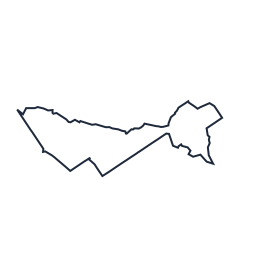 outline of Fulton, Georgia, United States of America, rotated 56°
{"feature_id": "52423323B90883845014784", "entity_name": "Fulton", "entity_type": "district", "adm_level": 2, "iso_a3": "USA", "parent_name": "United States of America", "parent_adm1": "Georgia", "projection": "robinson", "projection_center": [-84.433, 33.844], "detail": "fine", "context": "isolated", "style": "outline", "palette": "slate", "viewbox_px": 256, "rotation_deg": 56, "n_neighbors": 0, "source": "geoboundaries", "source_scale": "gbopen_adm2", "svg_char_len": 1497}
<svg xmlns="http://www.w3.org/2000/svg" viewBox="0 0 256 256"><g transform="rotate(56 128 128)"><path d="M172.2,44.3L167.4,44.2L158.0,44.2L153.0,46.5L151.2,56.3L150.9,59.6L147.5,60.7L140.9,63.4L139.5,63.1L139.5,66.7L139.4,71.9L139.4,74.8L141.0,77.7L141.6,80.5L142.5,80.9L143.0,86.3L146.7,91.6L148.5,93.1L146.8,97.9L145.6,100.1L143.7,101.8L142.2,103.6L133.6,111.9L134.5,114.0L134.8,116.8L134.5,119.4L133.6,120.5L131.8,123.0L132.1,124.5L131.0,125.8L131.9,132.3L131.8,132.5L131.4,132.8L129.3,132.1L126.9,134.6L123.7,136.8L119.6,141.2L116.8,143.0L115.0,145.9L106.8,152.7L105.3,155.9L101.2,159.2L95.6,163.6L96.1,165.1L91.5,167.4L91.1,172.5L89.7,173.9L86.4,174.3L75.6,178.9L74.4,181.9L73.2,182.1L70.9,180.5L68.8,184.4L64.7,187.0L60.1,191.2L59.4,194.2L54.6,201.3L57.9,207.4L50.8,209.6L75.5,209.8L77.4,209.7L97.9,209.8L100.3,211.8L101.1,209.7L108.3,206.3L111.1,205.4L126.1,201.2L128.0,200.7L131.3,199.9L131.3,189.3L131.3,183.3L131.4,180.7L131.5,176.0L132.4,177.8L139.3,176.0L143.4,176.1L153.5,176.1L153.7,168.2L153.7,153.8L153.8,145.3L153.8,143.3L153.8,143.0L153.9,134.6L153.8,132.7L153.9,132.4L153.9,127.8L153.9,126.0L153.9,125.6L153.9,124.8L153.9,118.7L153.9,116.6L154.0,110.7L154.0,105.0L154.0,99.4L155.8,97.3L167.8,100.6L168.5,100.2L172.3,97.6L171.4,96.3L171.3,93.1L173.1,93.2L177.4,89.4L181.7,88.9L183.6,92.4L188.2,90.1L190.6,82.9L199.9,81.6L205.2,77.4L195.8,76.3L188.7,72.6L186.2,68.7L183.1,67.6L180.9,65.4L178.6,66.0L172.2,63.0L172.2,44.3Z" fill="none" stroke="#1e293b" stroke-width="2"/></g></svg>